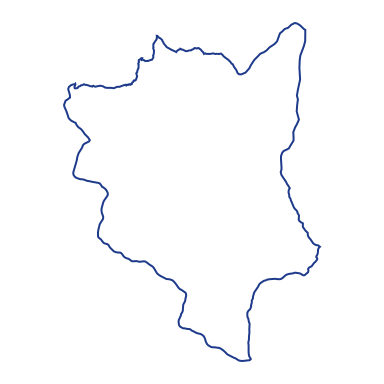 outline of Cepitá, Santander, Colombia
{"feature_id": "7082276B75602648241124", "entity_name": "Cepitá", "entity_type": "district", "adm_level": 2, "iso_a3": "COL", "parent_name": "Colombia", "parent_adm1": "Santander", "projection": "orthographic", "projection_center": [-72.934, 6.746], "detail": "fine", "context": "isolated", "style": "outline", "palette": "blue", "viewbox_px": 384, "rotation_deg": 0, "n_neighbors": 0, "source": "geoboundaries", "source_scale": "gbopen_adm2", "svg_char_len": 5837}
<svg xmlns="http://www.w3.org/2000/svg" viewBox="0 0 384 384"><path d="M178.6,322.1L179.0,324.9L179.6,326.0L180.2,326.7L182.7,328.1L183.4,328.3L185.0,328.4L186.9,328.9L188.9,329.0L189.9,329.2L190.8,329.7L191.6,330.5L194.0,331.6L196.5,333.0L198.4,333.5L200.3,333.9L201.6,334.5L202.9,335.5L204.0,336.5L205.2,339.3L205.8,341.6L207.0,344.0L208.1,345.2L210.7,346.8L212.2,347.2L215.3,347.4L218.9,347.9L220.5,348.5L223.2,350.3L225.7,352.6L226.7,353.8L228.1,354.8L233.8,357.7L235.8,358.5L238.7,360.4L240.4,360.8L242.4,361.0L249.7,360.2L250.8,359.0L249.9,357.5L249.0,355.7L248.6,352.3L248.6,345.4L248.3,342.4L248.9,339.9L249.0,336.3L249.4,332.8L249.3,329.0L249.6,324.1L249.5,323.2L249.0,322.4L248.3,318.6L247.5,317.0L247.3,314.7L247.4,312.5L248.4,310.8L250.1,309.2L251.2,306.5L251.0,305.6L251.1,305.0L251.8,302.7L251.8,300.5L252.9,298.5L253.0,297.6L252.9,296.9L254.3,292.3L257.9,287.0L259.4,284.1L260.7,282.9L263.9,280.8L266.2,280.2L267.2,279.6L269.8,279.2L275.1,278.8L277.0,279.1L279.5,279.2L280.9,279.0L282.4,278.1L285.2,275.6L286.3,274.8L287.6,274.3L289.0,273.9L293.3,273.3L294.5,272.8L295.5,272.7L299.4,273.3L300.8,273.8L302.6,275.0L303.4,275.3L304.0,275.3L304.7,275.1L308.1,272.2L308.3,271.3L308.4,270.3L308.1,269.3L308.3,268.5L309.1,267.6L311.7,266.2L314.0,263.0L315.2,262.0L316.9,259.9L317.3,258.8L316.9,257.8L316.2,256.9L316.5,256.0L317.0,255.4L317.8,253.3L318.1,249.3L319.1,247.4L319.9,246.8L319.2,246.3L318.7,245.7L318.0,245.3L316.5,245.2L314.9,244.5L313.8,243.8L313.1,243.2L310.4,239.2L308.7,237.3L307.9,235.5L307.7,232.8L307.1,232.2L305.6,230.8L303.1,227.3L302.8,226.3L302.9,223.4L302.5,223.0L301.1,222.4L299.3,220.9L298.7,219.6L299.0,215.7L298.5,214.5L297.7,213.4L297.2,211.4L296.3,210.2L295.1,209.1L293.9,207.5L291.8,202.4L290.9,200.5L290.6,199.2L290.2,198.2L289.3,197.0L289.2,195.1L289.0,193.9L288.6,193.0L288.6,190.9L288.9,189.7L289.8,188.2L287.8,185.0L286.9,183.8L286.2,182.1L282.7,176.9L281.5,175.0L280.7,172.2L281.5,169.5L281.5,167.3L281.0,159.1L281.0,156.2L282.1,153.0L283.6,151.0L286.1,149.9L288.9,148.4L290.3,145.8L293.5,140.7L293.6,138.2L293.3,132.2L295.0,127.6L296.9,124.2L298.2,121.3L298.9,119.5L296.7,111.4L297.2,104.7L297.9,99.3L296.9,95.7L297.9,89.8L300.1,79.5L299.4,67.8L299.7,60.5L300.3,55.6L303.9,46.0L305.2,41.0L305.3,29.9L304.0,29.1L300.0,25.3L297.3,23.6L294.8,23.0L291.2,24.8L290.0,26.0L288.1,27.8L284.7,29.0L282.2,31.5L279.9,33.4L277.1,41.3L274.6,44.0L269.6,47.3L266.5,50.5L263.9,52.2L260.3,53.7L257.8,56.4L254.3,59.9L250.6,65.6L249.4,68.2L245.6,72.5L242.7,73.8L241.1,74.4L239.0,74.2L237.9,73.4L237.4,72.6L236.3,70.0L234.0,66.8L232.8,64.3L231.7,63.7L230.3,61.8L228.4,59.9L225.2,57.6L224.4,56.9L223.5,56.2L222.6,55.0L221.2,53.7L220.2,53.7L219.3,54.0L216.3,53.8L215.3,54.0L213.1,53.4L209.6,54.0L208.5,53.9L206.4,53.9L205.1,53.4L204.6,53.5L204.0,53.9L203.1,52.1L202.1,51.3L200.6,49.4L199.7,49.0L199.0,48.3L198.3,48.0L196.6,48.5L195.1,48.0L194.6,48.1L194.2,48.3L193.5,49.1L191.8,49.7L191.4,50.2L188.5,50.6L186.8,51.2L185.7,51.1L182.6,49.6L181.5,49.5L180.7,48.8L180.2,48.7L180.0,49.2L179.7,49.4L178.7,49.7L177.1,50.9L176.5,51.4L176.3,52.0L171.7,49.9L167.4,47.5L166.3,46.7L165.4,45.4L163.8,43.6L163.3,42.3L162.4,41.0L162.3,40.3L161.8,39.7L160.7,38.6L158.9,37.6L157.4,35.9L156.8,35.8L157.0,37.6L156.8,37.7L156.6,39.3L154.3,42.6L154.0,43.4L153.5,43.7L153.4,44.2L153.3,45.8L153.5,47.4L153.2,47.9L153.4,49.0L154.0,50.5L153.9,52.5L153.6,54.6L153.1,55.6L153.4,57.2L153.2,57.7L152.1,59.6L151.7,59.9L151.2,59.8L150.6,59.9L149.6,60.4L148.6,60.7L148.1,61.0L147.0,60.9L145.3,61.1L144.1,60.2L143.5,60.2L142.7,59.6L142.2,59.7L141.7,60.0L141.5,59.6L142.2,58.2L141.7,58.1L141.2,58.3L140.1,59.2L139.8,59.6L138.8,60.1L138.7,61.2L139.0,62.2L138.2,63.6L138.3,64.2L138.6,64.6L138.5,68.1L138.3,68.6L137.9,69.0L137.3,71.1L137.2,72.1L136.5,72.9L136.3,73.4L136.5,73.9L136.7,75.0L136.9,75.5L137.1,76.5L135.8,80.0L134.9,80.6L134.5,80.3L134.0,80.4L133.5,80.8L133.3,81.8L132.0,82.8L131.8,83.3L131.9,83.9L131.4,84.1L129.8,84.2L130.0,84.7L128.0,84.6L127.8,85.0L125.9,84.8L125.9,85.3L125.0,84.9L122.4,85.7L119.6,86.8L117.1,86.8L113.9,88.2L111.5,87.9L107.7,87.9L105.2,87.6L103.2,86.4L100.4,85.7L95.1,86.7L93.3,85.8L92.9,85.9L92.6,86.2L92.5,86.4L92.2,86.6L91.6,86.3L90.3,86.2L88.0,85.3L86.3,84.9L85.2,84.9L84.1,84.3L83.5,84.4L82.3,85.2L81.0,85.3L80.0,86.2L78.7,86.5L78.0,87.2L77.8,87.8L76.5,88.3L74.9,88.3L74.6,88.0L74.5,87.2L74.6,86.4L75.4,84.6L75.4,84.0L75.3,83.7L74.7,84.3L72.7,84.5L70.8,85.3L68.9,87.0L68.2,89.1L69.9,95.1L70.0,97.5L68.2,99.0L65.6,100.7L64.1,104.7L64.3,106.5L66.5,111.5L68.7,118.2L71.1,120.6L74.3,122.3L75.6,122.8L76.4,124.7L78.2,127.1L80.9,129.0L83.2,131.7L84.4,133.7L88.2,137.6L89.8,140.1L89.1,141.4L84.2,143.9L82.8,145.4L82.4,146.9L81.7,148.3L78.7,153.0L77.3,157.1L76.6,161.0L73.3,172.3L73.3,173.8L73.7,175.2L74.6,176.5L76.2,177.8L80.2,179.2L82.3,179.3L83.8,179.6L87.6,181.0L89.1,181.1L91.6,181.7L98.3,182.9L99.7,183.4L100.8,184.7L102.2,186.9L103.2,187.3L105.3,188.9L106.3,190.2L107.3,191.9L107.8,193.4L107.8,194.8L107.2,196.1L104.0,200.7L103.2,202.5L101.5,208.9L101.5,210.6L101.8,212.7L103.1,216.4L103.2,217.9L102.9,219.2L100.8,222.4L99.6,224.5L99.3,226.0L98.3,230.1L98.0,232.4L98.0,236.1L98.4,237.3L99.9,238.7L101.0,239.4L101.7,240.5L103.5,242.8L104.4,243.3L107.7,244.3L108.7,245.3L109.4,246.7L110.9,248.5L113.9,251.4L116.0,252.2L117.6,252.5L119.1,252.5L120.7,252.8L121.7,253.6L123.8,256.5L124.9,257.4L126.4,258.2L128.5,258.8L129.9,259.7L131.1,260.8L132.3,261.3L136.6,261.1L139.6,261.8L143.8,261.3L145.2,261.5L147.0,262.6L149.1,264.3L152.8,266.7L154.0,268.2L157.0,273.3L158.7,274.8L160.6,276.0L166.4,279.0L167.9,279.1L170.4,279.5L172.6,280.4L174.3,282.0L175.9,284.0L178.4,287.6L179.8,289.1L181.0,289.6L185.4,292.6L186.0,293.8L186.2,295.7L185.7,297.6L185.1,301.0L184.6,302.2L183.9,303.3L183.2,304.9L182.8,310.7L182.1,312.6L181.2,313.7L180.8,315.6L178.7,320.3L178.6,322.1Z" fill="none" stroke="#1e3a8a" stroke-width="2"/></svg>